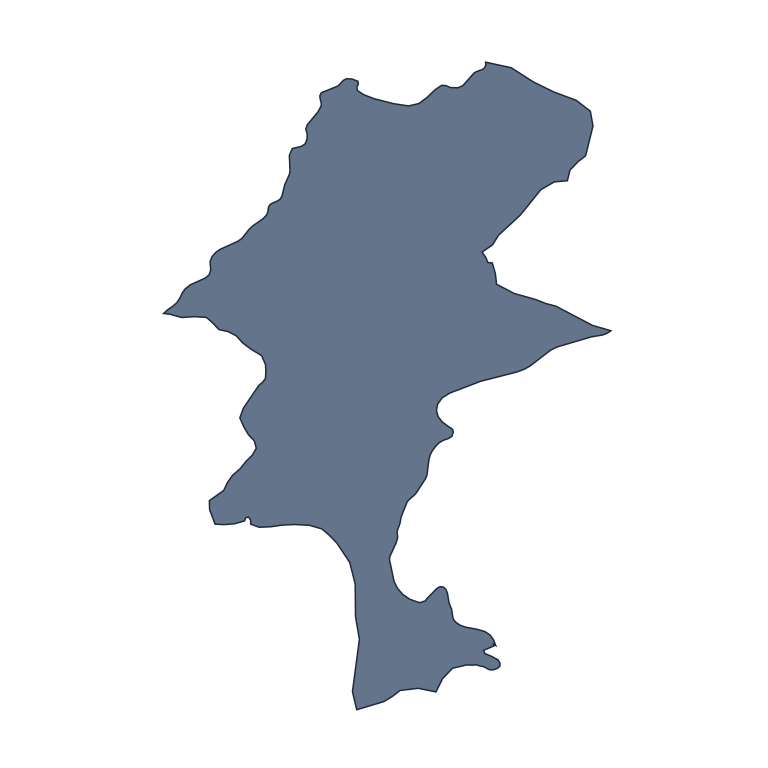 Bolikhamxai, Equal Earth projection, rotated 273°
{"feature_id": "LAO-3292", "entity_name": "Bolikhamxai", "entity_type": "Province", "adm_level": 1, "iso_a3": "LAO", "parent_name": "Laos", "parent_adm1": "", "projection": "equal_earth", "projection_center": [104.026, 18.483], "detail": "fine", "context": "isolated", "style": "filled", "palette": "slate", "viewbox_px": 768, "rotation_deg": 273, "n_neighbors": 0, "source": "natural_earth", "source_scale": "10m", "svg_char_len": 3223}
<svg xmlns="http://www.w3.org/2000/svg" viewBox="0 0 768 768"><g transform="rotate(273 384 384)"><path d="M231.2,405.7L226.2,404.5L211.5,398.7L208.8,398.7L187.4,404.4L180.9,408.0L175.0,413.6L170.5,420.8L167.8,429.6L167.7,431.9L168.2,433.3L168.9,434.7L169.5,436.7L171.8,437.9L182.9,447.8L184.6,450.8L184.5,451.4L184.3,454.1L181.8,456.8L178.4,458.3L168.5,460.5L162.7,463.3L154.7,464.9L152.4,465.9L150.1,467.8L147.2,472.4L145.5,478.0L143.9,490.0L142.1,497.7L138.9,503.1L134.4,506.7L128.8,509.2L129.1,508.7L129.8,506.9L129.6,507.0L128.4,507.8L128.2,507.5L123.2,497.3L120.1,498.9L117.6,505.9L114.4,512.4L111.4,514.4L108.6,514.6L106.2,512.6L104.4,508.6L104.1,504.6L105.1,502.0L106.4,499.8L107.0,497.3L107.6,493.7L108.5,490.5L107.9,487.9L107.7,481.0L105.9,474.9L103.8,467.4L92.8,457.9L79.2,452.0L81.9,434.1L78.8,416.1L72.6,408.9L66.9,400.6L57.3,373.8L75.1,368.6L127.7,372.8L150.4,367.7L182.8,365.7L204.0,359.1L222.7,345.2L229.8,337.6L236.0,329.7L239.0,316.8L239.0,301.6L237.7,289.6L235.5,278.3L234.4,266.8L237.1,258.2L241.2,257.9L244.2,255.6L243.0,252.8L240.0,252.0L236.6,242.2L235.2,231.7L235.2,222.6L249.5,216.4L258.4,215.7L269.3,229.5L277.4,232.8L285.1,237.7L291.9,244.8L299.6,250.3L306.0,256.2L313.2,259.8L320.5,257.4L326.3,251.2L334.3,246.0L342.7,241.8L352.4,244.8L376.1,259.1L379.5,262.8L383.3,265.3L390.2,265.4L397.3,264.6L405.9,260.3L411.9,249.2L417.7,240.6L424.4,233.9L428.1,225.8L429.7,216.3L435.7,210.1L441.2,203.2L441.3,190.9L439.8,178.4L442.4,166.9L442.9,160.2L446.8,164.0L450.3,168.7L454.4,172.9L459.6,175.9L464.2,177.7L468.5,180.4L473.0,185.5L480.7,200.4L484.0,203.7L488.8,205.0L497.1,203.9L502.2,205.6L506.7,209.1L509.9,213.3L519.2,231.1L522.3,234.8L531.3,241.1L535.2,244.8L542.5,254.3L546.5,257.8L549.2,258.9L554.4,259.4L557.0,260.6L558.5,262.6L561.6,268.7L563.7,271.0L566.8,272.4L577.8,274.4L588.2,278.5L591.9,279.0L607.3,277.5L614.4,280.1L617.0,289.1L619.8,292.8L624.5,294.3L629.8,294.2L634.3,292.6L638.7,293.7L652.2,303.8L658.7,306.8L662.0,306.5L665.1,305.4L668.3,304.8L671.6,306.2L679.2,322.5L685.1,327.5L686.9,330.6L686.9,335.0L686.9,336.2L684.9,342.2L682.2,342.7L679.1,341.4L675.8,342.0L671.9,348.5L668.4,359.2L664.4,379.1L663.0,394.0L665.9,404.1L672.2,411.8L680.6,419.7L685.3,425.9L685.2,430.2L683.5,435.0L683.7,442.5L686.2,447.2L699.3,457.7L700.9,460.2L703.2,465.8L705.0,467.9L707.9,469.0L710.7,468.6L706.5,494.5L693.4,517.5L684.5,538.3L677.4,561.1L667.2,575.8L652.6,579.2L622.5,573.4L616.2,566.2L607.3,558.5L596.6,556.5L594.7,543.4L586.3,530.5L559.8,511.3L538.7,490.7L528.6,485.1L520.9,475.1L515.2,479.4L512.9,480.3L510.7,481.5L510.6,485.8L500.2,489.4L489.5,491.2L481.2,509.3L476.3,531.1L472.9,541.1L470.7,551.6L453.4,589.2L449.1,607.8L448.1,606.7L445.9,603.3L444.3,599.5L441.9,588.5L430.0,554.8L427.9,551.1L426.5,548.6L409.8,529.1L406.2,523.5L403.1,516.5L391.7,480.2L378.3,450.0L373.4,443.0L366.8,438.6L360.3,437.8L354.4,439.7L349.2,444.1L344.8,450.7L343.7,452.9L342.7,454.4L341.5,455.3L339.5,455.7L335.2,454.5L332.8,451.0L331.0,446.4L328.3,442.2L324.3,438.7L320.1,435.9L315.6,433.8L310.9,432.8L295.3,431.7L291.7,430.5L276.4,421.6L274.1,419.7L271.8,417.0L268.0,413.5L252.3,408.1L245.4,407.2L238.6,405.1L236.3,404.8L232.5,405.6L231.2,405.7Z" fill="#64748b" stroke="#1e293b" stroke-width="1.5"/></g></svg>